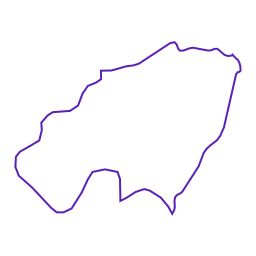 the border of Bijeljina
{"feature_id": "BIH-4804", "entity_name": "Bijeljina", "entity_type": "state/province", "adm_level": 1, "iso_a3": "BIH", "parent_name": "Bosnia and Herzegovina", "parent_adm1": "", "projection": "natural_earth1", "projection_center": [19.107, 44.733], "detail": "fine", "context": "isolated", "style": "outline", "palette": "violet", "viewbox_px": 256, "rotation_deg": 0, "n_neighbors": 0, "source": "natural_earth", "source_scale": "10m", "svg_char_len": 1051}
<svg xmlns="http://www.w3.org/2000/svg" viewBox="0 0 256 256"><path d="M100.9,70.7L111.4,70.5L115.1,69.5L126.2,66.3L133.4,65.4L139.0,63.6L170.2,43.1L174.6,42.2L176.8,44.8L178.1,48.5L179.8,50.6L183.3,50.6L189.5,48.3L192.9,47.7L208.3,50.6L211.5,50.2L214.4,48.9L217.5,48.9L224.5,54.9L227.9,56.0L231.5,55.6L232.4,55.2L232.5,54.8L233.8,56.1L235.8,58.2L237.9,60.0L239.3,62.5L240.3,66.2L240.6,70.6L239.4,71.8L237.6,72.3L236.1,74.3L223.9,127.5L220.3,135.7L217.0,140.2L210.0,145.6L206.3,149.2L203.6,153.2L198.6,166.4L182.3,191.7L180.7,193.1L176.9,195.1L175.2,197.1L174.5,200.1L174.8,207.2L174.1,210.3L172.2,213.8L168.2,206.5L160.8,197.6L149.7,190.6L144.2,189.1L135.6,192.0L126.0,198.1L120.4,200.9L120.0,178.9L117.5,171.9L105.0,169.4L92.6,171.9L88.1,178.9L81.6,192.7L71.6,208.5L63.6,212.3L56.7,212.3L51.2,207.9L32.3,187.7L18.8,175.7L15.4,166.9L15.9,156.8L19.9,151.7L29.8,146.1L39.3,140.4L41.8,130.3L41.3,122.7L47.4,115.7L52.7,112.2L70.0,110.9L78.1,105.5L82.6,93.5L87.9,85.9L95.8,82.7L101.1,79.2L100.9,70.7Z" fill="none" stroke="#5b21b6" stroke-width="2"/></svg>